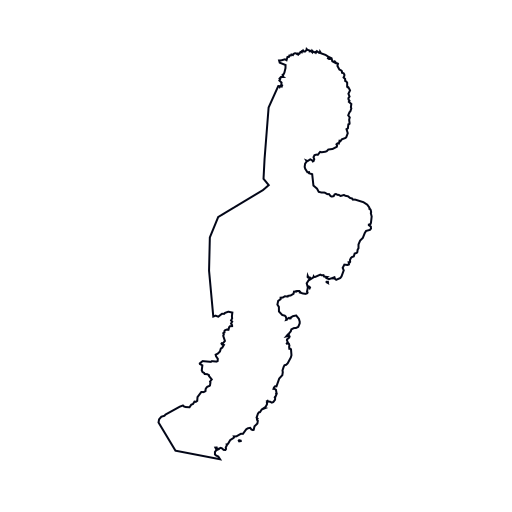 outline of Pomio District, East New Britain, Papua New Guinea, rotated 329°
{"feature_id": "67681753B79338306732955", "entity_name": "Pomio District", "entity_type": "district", "adm_level": 2, "iso_a3": "PNG", "parent_name": "Papua New Guinea", "parent_adm1": "East New Britain", "projection": "mercator", "projection_center": [151.576, -5.258], "detail": "fine", "context": "isolated", "style": "outline", "palette": "ink", "viewbox_px": 512, "rotation_deg": 329, "n_neighbors": 0, "source": "geoboundaries", "source_scale": "gbopen_adm2", "svg_char_len": 6152}
<svg xmlns="http://www.w3.org/2000/svg" viewBox="0 0 512 512"><g transform="rotate(329 256 256)"><path d="M295.9,203.1L243.7,203.1L226.0,216.3L208.2,244.4L188.2,285.9L190.6,286.3L192.4,288.6L197.0,288.0L199.0,289.2L200.1,288.8L203.6,289.5L206.6,292.3L204.4,295.1L203.4,297.2L201.4,298.4L201.8,300.0L199.8,301.1L199.9,302.9L199.4,303.8L197.5,302.8L196.3,303.2L194.4,305.1L193.9,304.9L193.5,304.1L191.2,303.7L190.2,304.1L189.6,305.3L188.2,305.3L187.9,306.8L186.8,307.5L185.6,312.8L182.7,313.8L181.8,313.1L181.3,313.3L181.3,314.3L182.6,315.7L179.9,317.2L178.2,317.2L175.9,319.3L172.9,320.0L170.6,319.8L170.1,321.4L170.3,324.5L169.0,326.3L167.8,326.2L164.0,323.4L162.8,323.5L156.1,318.6L152.5,319.1L152.3,319.7L153.7,322.1L150.6,326.1L150.4,328.0L151.3,329.5L151.2,330.7L153.3,332.2L154.3,333.9L153.9,334.7L154.5,339.0L151.9,340.0L151.7,341.1L149.9,343.2L149.3,343.4L146.9,343.0L145.8,343.3L144.3,344.1L143.1,345.8L141.0,345.7L139.1,344.4L133.2,346.8L131.0,349.9L129.2,350.0L128.3,349.1L125.8,350.4L123.9,350.1L121.1,351.4L118.0,349.3L116.8,348.0L116.4,346.5L113.1,345.9L96.8,345.3L95.2,345.8L92.1,345.0L88.8,346.1L86.7,348.5L86.7,381.4L120.5,411.7L120.4,408.5L119.0,406.4L118.6,405.0L119.9,402.8L122.3,401.9L122.5,399.3L123.5,399.8L122.8,400.9L123.1,402.2L124.0,402.3L123.7,401.0L124.5,402.1L126.8,402.2L127.7,403.2L128.4,405.5L129.8,406.5L130.9,406.0L131.5,404.5L133.4,403.3L133.8,402.4L134.4,402.8L135.6,402.4L139.1,400.5L143.1,400.4L144.2,399.9L144.2,399.3L146.3,400.5L151.5,400.6L153.2,401.7L158.4,399.5L160.3,399.5L162.5,400.3L162.7,402.4L163.7,403.6L164.5,403.8L167.0,401.2L170.9,400.3L172.7,398.2L172.5,397.0L172.9,396.1L173.5,396.1L173.3,394.8L176.5,392.1L178.0,391.5L179.0,391.9L181.9,390.5L185.0,391.0L184.3,390.4L186.4,390.3L188.5,389.1L189.3,388.5L189.9,387.1L191.0,387.0L190.8,386.1L191.4,386.1L191.4,387.0L193.0,388.1L194.0,389.8L195.6,390.1L198.3,389.0L199.5,387.2L199.1,386.0L199.7,386.7L200.3,386.6L202.7,384.8L202.4,384.3L203.1,383.8L204.2,380.9L203.4,379.4L202.6,378.9L203.6,378.0L205.3,377.5L206.4,378.3L212.8,373.0L217.2,371.7L219.1,369.4L219.8,367.7L222.7,365.2L224.2,364.3L225.8,364.8L227.9,364.3L233.6,360.9L235.3,359.3L237.9,354.1L237.8,353.3L236.8,352.7L237.6,350.9L238.5,350.0L239.0,348.1L238.7,347.3L236.6,347.1L238.8,346.2L239.1,344.1L239.6,343.5L242.5,343.0L243.4,342.2L243.0,340.5L242.0,341.0L240.5,340.5L243.1,339.6L244.0,339.9L244.6,339.3L247.0,338.5L248.5,337.1L251.3,337.3L253.2,338.3L255.7,338.5L258.7,336.3L259.6,334.9L260.4,332.0L259.8,327.7L256.7,326.6L254.2,326.6L253.6,327.3L252.8,327.0L252.4,326.0L250.2,326.0L249.6,326.5L248.9,326.3L249.6,325.8L250.3,323.2L249.9,321.9L248.1,320.1L247.1,315.4L249.4,311.4L249.3,308.7L251.9,305.9L254.8,305.7L255.6,304.4L257.6,305.4L260.0,305.4L262.3,307.1L263.0,306.7L265.4,307.7L268.7,307.7L270.2,306.1L273.0,307.7L271.8,306.4L275.1,308.3L275.4,309.5L274.8,309.9L276.8,312.2L279.0,314.0L280.8,314.3L281.5,313.7L281.4,312.8L284.2,309.7L285.4,305.5L290.9,302.8L289.5,301.2L289.4,300.6L290.1,299.7L289.9,301.0L291.2,302.3L291.2,303.1L290.4,304.0L294.1,303.9L294.9,303.2L294.9,303.9L295.9,304.4L301.5,305.1L302.4,306.4L304.0,307.2L303.8,308.7L306.0,310.5L305.2,310.5L304.9,311.1L306.6,313.4L308.8,313.9L311.2,315.3L311.6,315.1L311.2,314.4L312.3,314.6L311.9,316.2L312.5,317.7L316.9,318.3L318.7,317.6L323.8,313.5L324.2,310.8L327.3,308.9L329.9,310.9L331.3,311.1L332.2,309.1L333.1,309.8L333.7,309.5L334.5,307.8L336.3,306.6L337.7,306.3L339.6,306.7L341.8,304.7L343.9,305.2L344.9,304.8L346.3,303.0L347.9,302.1L349.8,298.9L353.2,296.4L356.9,295.5L361.1,292.3L363.3,291.2L367.1,292.3L368.7,291.7L369.6,289.9L368.6,287.7L368.9,287.2L370.5,287.6L371.6,286.8L375.5,281.7L376.5,278.4L377.3,277.7L378.0,275.7L378.0,274.6L377.5,274.1L378.1,272.8L377.8,269.3L375.8,265.2L370.1,258.8L368.0,257.5L368.0,256.2L366.5,254.7L365.6,252.2L363.6,250.4L362.8,249.0L359.4,248.1L358.4,246.2L357.4,245.6L356.4,244.0L355.1,243.7L353.4,244.7L351.6,244.1L350.8,243.1L350.5,240.6L349.0,239.7L347.5,237.0L344.8,235.3L342.8,233.3L343.0,229.7L341.5,225.2L346.3,214.8L344.1,212.4L344.6,211.4L343.2,210.7L343.1,206.6L343.6,204.7L345.6,202.2L348.3,201.0L348.3,200.1L349.1,201.2L352.3,201.1L353.5,203.1L353.4,204.2L354.2,204.3L355.8,203.0L356.2,200.9L358.1,199.7L360.0,200.2L361.1,201.1L364.6,199.8L365.7,200.9L369.1,202.3L370.6,202.6L372.8,202.0L376.8,203.7L381.5,204.0L382.4,203.1L382.5,201.7L383.9,201.4L384.9,202.3L386.9,200.3L387.4,201.1L389.7,200.2L393.5,200.9L394.5,200.7L397.9,198.0L398.9,193.9L400.5,193.9L403.0,190.7L404.1,190.9L404.6,190.4L406.0,187.2L407.7,185.5L407.5,182.9L410.2,180.9L411.4,180.6L413.7,178.6L414.0,177.3L416.0,174.8L415.0,171.7L416.1,171.1L415.9,169.6L416.5,168.3L418.3,167.5L418.8,164.5L421.9,162.5L422.1,158.9L421.4,158.6L421.3,157.9L423.4,154.4L423.3,153.0L422.6,151.9L423.6,150.1L423.0,148.1L424.6,147.0L425.2,145.9L425.2,144.5L424.1,143.2L424.8,141.9L424.6,140.9L423.5,139.1L423.7,135.0L425.3,133.4L425.1,132.9L423.9,132.1L421.7,128.4L422.6,125.4L421.2,123.3L420.4,123.6L420.5,125.0L420.1,124.8L419.5,123.6L420.8,122.8L419.2,119.5L416.1,115.7L416.1,113.9L415.4,114.7L414.8,114.5L413.7,111.8L412.5,112.4L412.6,111.9L412.2,111.7L411.7,112.3L410.3,110.6L409.9,109.1L409.1,110.2L408.7,108.8L407.6,108.3L408.0,107.8L406.3,105.8L406.0,104.7L405.3,105.5L403.3,106.0L402.3,105.3L402.2,104.1L401.4,104.5L400.9,104.1L400.1,105.0L399.2,104.0L397.4,105.0L396.5,104.2L395.8,105.0L395.2,104.2L395.4,103.7L393.9,102.3L392.3,102.1L391.1,102.8L390.1,101.5L389.1,102.1L387.9,101.3L386.7,102.3L385.5,101.6L383.0,103.9L382.1,102.3L378.3,101.3L376.5,100.3L375.9,102.5L379.7,107.5L378.0,110.2L374.8,113.4L373.5,114.3L372.2,114.4L372.1,115.3L371.2,115.6L371.6,116.6L369.5,115.4L367.7,116.0L368.0,116.7L366.4,117.6L367.2,120.5L365.9,122.2L366.3,123.2L365.4,123.9L365.1,122.7L363.3,123.5L363.2,122.1L362.6,121.8L343.3,135.2L313.4,177.1L302.2,193.7L303.4,201.8L295.9,203.1ZM147.6,406.8L147.8,406.4L146.7,405.2L146.1,405.4L146.1,406.2L147.6,406.8ZM303.4,314.7L303.1,313.8L303.0,314.9L303.7,316.1L303.9,315.4L305.1,315.5L303.4,314.7ZM286.1,310.8L285.9,309.8L285.4,309.1L285.5,311.2L286.1,310.8ZM423.9,130.6L423.7,129.6L423.2,129.5L423.1,129.9L423.9,130.6Z" fill="none" stroke="#020617" stroke-width="2"/></g></svg>